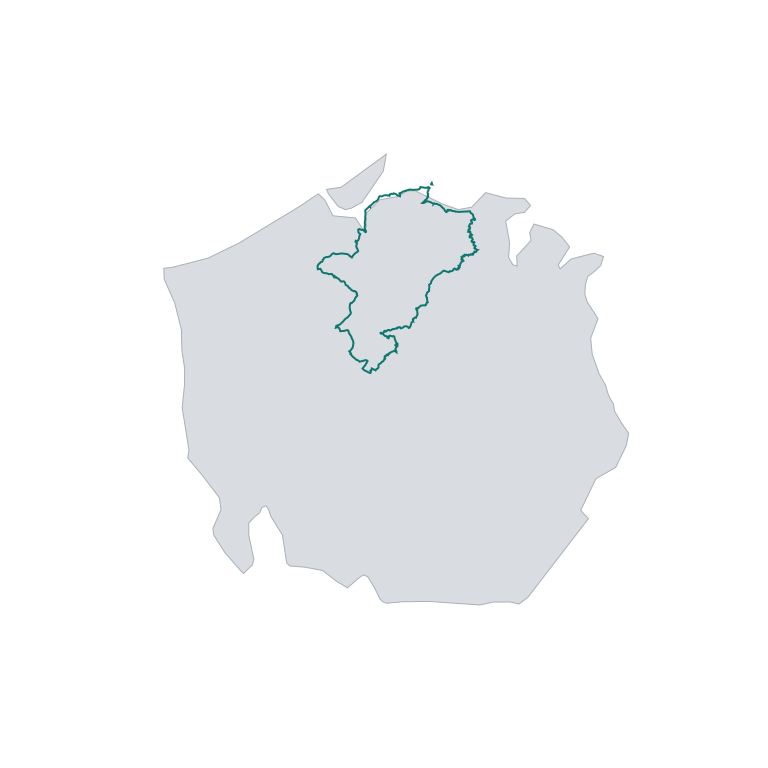 Moyamba, Southern, Sierra Leone (highlighted), rotated 128°
{"feature_id": "65957751B35726846399821", "entity_name": "Moyamba", "entity_type": "district", "adm_level": 2, "iso_a3": "SLE", "parent_name": "Sierra Leone", "parent_adm1": "Southern", "projection": "orthographic", "projection_center": [-12.482, 8.03], "detail": "fine", "context": "in_parent", "style": "outline", "palette": "teal", "viewbox_px": 768, "rotation_deg": 128, "n_neighbors": 0, "source": "geoboundaries", "source_scale": "gbopen_adm2", "svg_char_len": 7682}
<svg xmlns="http://www.w3.org/2000/svg" viewBox="0 0 768 768"><g transform="rotate(128 384 384)"><path d="M619.6,378.0L619.2,382.9L614.8,405.6L607.9,425.1L603.2,429.9L583.3,435.1L574.9,443.8L567.7,471.5L563.1,493.2L556.2,496.9L527.0,528.4L507.9,540.4L494.6,550.6L481.9,564.0L466.0,577.0L448.9,598.9L436.8,621.7L428.4,628.7L422.1,622.4L392.9,600.0L362.1,585.0L296.5,560.0L274.6,552.9L275.4,544.0L282.9,527.8L270.7,508.7L275.5,494.8L270.7,494.8L261.4,503.2L241.4,500.7L228.1,488.8L217.3,484.4L212.6,478.4L205.7,447.0L200.7,432.7L190.7,423.8L170.6,421.7L162.4,402.4L151.3,387.5L153.1,378.4L162.2,378.9L169.3,385.6L180.7,388.4L195.0,372.3L207.7,363.6L210.7,355.9L209.1,351.7L201.4,358.2L180.3,356.5L175.0,362.4L165.6,364.3L158.3,345.4L158.7,334.3L161.7,322.1L183.0,320.0L184.8,316.1L170.1,313.4L151.7,299.2L148.4,289.4L157.5,286.1L166.3,287.6L173.9,289.7L182.1,286.2L189.8,280.9L194.4,274.0L200.7,255.6L220.6,249.4L232.4,238.2L243.6,220.6L248.7,208.3L253.3,202.2L256.2,196.9L258.4,191.0L263.4,185.7L268.6,172.7L272.2,160.8L283.6,155.1L307.1,150.1L328.2,158.7L362.5,151.2L364.3,140.0L395.6,139.8L432.8,139.5L463.7,139.3L474.3,142.2L478.2,150.5L488.4,163.5L499.1,172.4L512.4,192.1L527.8,215.0L544.5,235.7L555.2,247.0L556.4,250.9L555.7,255.4L550.5,265.9L546.1,277.4L546.5,281.7L549.7,283.8L567.1,287.3L568.7,300.0L568.8,317.6L577.3,334.0L585.4,346.1L585.0,350.4L565.5,371.1L558.0,391.7L554.1,397.4L552.6,402.0L556.5,404.2L561.9,402.8L569.5,404.4L576.8,405.0L586.3,397.6L602.2,378.7L607.6,376.4L619.6,378.0ZM268.3,545.0L266.0,549.1L255.5,539.0L201.5,523.7L216.7,515.6L254.3,513.2L265.4,517.9L270.4,521.9L272.3,529.4L268.3,545.0Z" fill="#d9dde1" stroke="#a8b0b8" stroke-width="1"/><path d="M204.5,414.7L203.6,413.5L202.4,414.0L201.9,415.8L201.2,416.2L199.8,415.6L199.0,413.5L198.3,413.5L198.0,413.8L197.7,415.8L196.2,417.7L195.6,418.8L195.9,420.9L195.7,421.2L195.0,422.6L202.5,431.2L203.2,432.6L204.1,433.5L204.1,434.3L205.4,436.4L205.9,437.6L205.8,438.5L206.6,439.1L206.8,439.6L207.0,439.4L207.6,439.7L207.6,440.4L207.3,440.6L207.5,440.9L207.7,441.1L208.2,440.8L209.8,440.5L210.2,440.7L209.9,442.7L209.0,444.8L209.1,446.3L208.6,449.3L209.5,453.1L210.5,454.6L210.7,455.6L211.8,455.7L211.5,455.9L212.1,459.4L213.1,462.0L214.0,462.9L216.5,463.9L217.3,464.5L217.7,465.2L215.9,464.8L214.0,464.8L211.9,464.2L209.7,465.0L209.7,464.5L209.2,464.5L207.7,466.1L207.1,466.2L207.1,466.7L206.3,467.5L205.0,468.2L204.4,468.1L203.3,468.5L202.6,469.0L201.4,468.7L200.8,469.0L201.1,469.0L201.6,470.2L201.9,470.1L202.5,470.5L204.1,472.5L206.4,476.5L207.1,476.2L208.3,476.3L208.6,476.1L209.8,476.8L213.1,480.6L215.2,483.8L216.0,484.0L217.9,485.8L218.8,486.0L220.4,487.4L223.7,488.6L223.7,488.9L224.3,489.2L225.2,487.6L226.2,487.0L227.1,489.6L227.1,492.0L227.9,493.8L228.8,494.1L229.5,495.2L230.9,496.1L231.6,496.1L231.6,495.8L232.3,495.6L232.4,496.5L233.2,497.0L233.3,497.6L234.4,499.2L236.0,500.5L237.5,501.2L238.5,502.9L239.3,503.1L242.0,502.4L243.9,502.3L245.4,502.9L246.4,503.6L252.1,504.4L253.1,503.8L253.0,504.9L258.8,505.6L261.4,503.2L263.6,501.9L265.9,500.0L268.4,498.7L270.6,496.7L272.7,495.6L273.7,494.3L274.5,492.5L275.1,491.9L275.6,491.9L275.8,493.2L275.3,495.2L276.4,496.6L277.1,498.9L278.2,499.4L280.1,497.6L280.5,496.8L280.4,495.4L280.7,494.9L282.9,494.4L284.5,493.3L286.7,492.8L288.2,493.2L288.5,494.4L289.4,494.1L289.7,493.6L289.3,493.0L289.8,491.8L292.6,490.8L294.6,487.0L295.2,486.2L295.6,486.2L299.2,487.3L302.3,487.5L303.1,487.2L304.1,487.2L304.1,489.3L304.4,489.7L304.0,490.9L304.1,492.4L304.6,493.6L307.3,497.9L311.1,501.5L311.6,502.5L311.9,504.1L312.4,504.5L313.8,505.0L316.3,505.1L317.3,505.5L319.9,507.9L321.6,508.9L322.9,508.5L324.0,508.8L325.0,508.0L325.7,508.0L327.0,509.0L328.4,508.9L329.6,509.3L331.2,509.2L332.1,508.9L334.3,506.8L332.4,505.0L333.3,502.6L333.9,501.7L333.7,500.1L331.6,496.4L331.5,495.1L329.4,492.9L330.0,490.9L329.3,489.9L329.3,489.5L330.5,489.1L330.6,488.8L330.0,487.8L329.3,487.5L329.4,485.9L329.0,484.9L329.7,481.2L329.5,480.5L328.2,479.4L327.8,478.6L328.1,477.2L329.5,475.3L329.1,472.8L329.8,470.9L329.5,470.0L330.0,467.9L329.6,465.3L329.4,464.7L328.7,464.2L328.6,462.7L329.3,461.1L330.0,461.0L330.5,459.7L331.1,459.4L332.5,459.7L334.6,459.4L336.5,458.8L340.3,459.3L340.7,460.1L342.1,459.9L345.0,458.1L347.3,455.4L348.0,454.2L349.4,453.5L353.6,453.7L357.2,454.7L360.0,454.7L364.6,455.5L367.5,457.4L369.3,456.6L368.1,455.7L367.5,455.0L367.5,454.3L367.8,453.2L369.3,451.0L366.7,448.1L364.4,446.4L363.9,445.5L363.9,444.9L365.3,443.3L366.8,439.0L368.1,437.1L368.7,435.4L370.4,433.4L373.1,431.8L374.9,431.1L378.4,431.0L379.6,431.5L379.9,430.0L380.5,429.4L380.5,429.1L380.9,428.9L380.5,428.5L381.2,427.7L381.7,425.8L381.9,420.3L381.3,418.9L381.5,417.0L376.3,413.0L375.9,411.3L376.2,411.0L380.5,410.4L385.0,410.5L385.3,408.0L384.0,401.9L383.5,401.4L381.7,402.3L381.6,402.9L380.5,402.5L379.3,403.2L378.4,399.0L377.1,399.2L375.5,398.5L374.5,398.5L374.0,398.7L373.0,399.7L371.8,400.2L369.5,399.3L367.9,399.4L366.6,398.6L364.9,398.9L364.1,398.6L363.1,399.5L362.8,399.3L362.6,400.0L361.7,400.1L361.5,400.4L360.7,399.9L359.9,400.0L359.4,399.2L358.9,399.5L358.7,398.9L358.4,399.2L358.1,398.9L357.7,399.0L357.5,398.7L357.0,398.9L356.4,398.3L355.8,398.5L354.4,398.0L351.8,396.4L351.3,396.1L351.3,393.7L350.7,394.2L349.5,396.6L346.9,397.0L346.4,399.0L345.4,399.0L345.1,398.6L345.3,397.2L344.0,398.0L343.6,400.6L342.7,401.6L342.3,402.7L340.2,405.2L340.5,406.1L341.3,406.7L342.3,409.2L342.9,409.5L343.7,409.5L344.1,409.3L344.3,408.8L345.2,408.6L345.4,409.9L344.5,410.3L344.5,410.7L345.6,413.1L345.2,415.6L346.2,417.6L346.1,418.1L345.8,418.2L345.4,418.0L345.4,417.4L344.7,416.1L343.8,416.0L342.7,416.4L341.8,416.3L341.6,416.0L342.1,415.7L342.1,415.4L340.8,414.4L340.0,414.5L338.9,414.1L338.2,413.0L338.3,412.6L337.9,411.9L335.2,410.9L335.2,410.5L332.8,408.6L331.7,408.3L331.8,408.0L331.4,408.0L331.4,407.7L330.1,407.4L329.4,406.3L329.7,405.9L329.8,405.0L328.6,404.1L326.0,403.4L324.8,402.0L324.2,400.5L324.7,399.1L323.8,398.5L321.6,398.9L318.5,400.2L317.0,399.9L316.4,400.1L316.4,399.8L315.7,400.6L315.3,400.6L315.2,401.1L314.7,401.2L312.4,400.4L312.1,399.6L308.4,400.5L306.0,402.8L305.7,403.7L305.0,403.9L305.0,405.0L304.7,405.1L304.5,404.7L303.8,404.7L303.6,403.8L301.1,403.6L299.6,403.2L298.0,401.7L296.8,400.0L296.0,400.0L295.6,399.6L294.3,400.3L292.7,399.8L292.4,400.7L291.3,401.5L290.6,402.5L289.5,403.2L289.3,404.2L288.4,405.5L287.4,405.5L285.3,406.4L284.0,405.9L283.0,405.8L282.4,406.0L281.7,406.9L279.7,407.9L278.1,409.5L275.9,409.1L275.3,409.2L273.8,410.0L269.9,410.2L266.7,409.8L261.5,407.4L260.3,407.4L257.9,406.7L256.0,401.7L254.5,401.6L253.8,400.4L253.0,399.9L251.6,399.5L250.7,399.9L250.3,399.6L249.7,399.6L249.2,398.6L249.4,397.5L248.9,397.4L248.4,396.4L248.0,396.4L247.5,396.8L247.3,396.1L245.8,396.2L245.8,396.8L245.3,397.1L244.9,398.0L244.6,397.7L244.3,396.9L242.0,397.9L241.1,398.0L239.7,398.1L238.1,397.2L237.9,397.5L238.1,398.0L238.0,398.4L237.5,398.9L238.1,399.7L236.8,400.3L236.4,400.8L236.1,400.2L235.4,400.5L234.7,399.9L234.3,400.4L233.6,399.4L232.7,399.9L232.6,399.2L231.5,398.9L231.3,397.9L230.8,397.3L230.8,396.6L230.0,396.8L229.3,395.7L228.4,395.6L228.0,394.3L226.9,394.4L226.9,393.6L223.9,394.2L223.5,393.0L222.9,392.7L221.6,393.1L220.7,392.8L221.2,394.1L221.0,395.0L221.5,395.9L221.3,396.5L219.0,396.7L218.9,397.7L219.5,398.8L218.1,400.0L216.8,399.9L216.6,400.5L217.9,402.0L217.7,402.8L217.1,403.1L215.4,403.0L214.5,404.9L215.7,406.7L214.5,407.7L213.9,407.8L213.2,406.7L212.3,406.4L212.1,408.6L210.8,409.9L210.9,410.4L211.9,410.7L212.3,411.4L210.0,412.5L209.0,411.8L207.5,412.7L207.7,414.1L205.2,414.7L204.5,414.7ZM197.0,469.6L196.9,469.1L196.2,470.1L197.5,470.0L197.6,469.7L197.0,469.6Z" fill="none" stroke="#0f766e" stroke-width="2"/></g></svg>